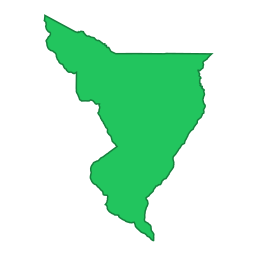 Turrialba, Cartago, Costa Rica
{"feature_id": "36466004B38119903555726", "entity_name": "Turrialba", "entity_type": "district", "adm_level": 2, "iso_a3": "CRI", "parent_name": "Costa Rica", "parent_adm1": "Cartago", "projection": "robinson", "projection_center": [-83.562, 9.784], "detail": "fine", "context": "isolated", "style": "filled", "palette": "green", "viewbox_px": 256, "rotation_deg": 0, "n_neighbors": 0, "source": "geoboundaries", "source_scale": "gbopen_adm2", "svg_char_len": 5726}
<svg xmlns="http://www.w3.org/2000/svg" viewBox="0 0 256 256"><path d="M153.2,240.6L153.6,240.5L153.7,237.5L153.6,236.5L153.8,234.4L153.7,233.9L153.3,233.4L152.8,232.4L152.1,231.6L151.2,230.2L151.1,228.6L151.0,228.0L151.0,226.9L150.8,226.1L150.1,225.0L148.9,224.2L148.3,223.4L144.9,221.5L144.5,220.4L144.4,219.3L144.8,217.6L144.7,214.4L144.9,213.9L145.2,211.0L145.9,209.2L146.3,207.4L147.2,206.0L148.0,203.6L147.5,200.8L147.2,200.2L146.6,199.9L146.4,199.7L146.1,198.7L146.0,197.9L146.4,197.4L147.0,197.1L147.6,196.5L148.3,196.2L148.9,195.8L149.7,194.5L152.6,191.8L153.2,191.1L153.5,189.9L153.7,189.4L155.2,187.5L155.5,187.1L155.8,186.2L157.3,185.9L158.2,185.2L158.3,184.9L158.5,184.7L160.0,184.7L160.4,184.5L160.9,184.0L161.1,183.3L161.6,182.7L161.8,181.3L162.0,181.1L162.8,180.5L163.4,179.6L164.5,178.9L165.9,178.6L166.4,178.0L166.6,177.2L167.0,177.0L167.4,176.6L168.0,175.4L169.0,174.2L169.2,173.3L169.6,172.7L170.0,172.0L170.4,171.5L172.3,168.9L173.4,167.1L173.5,166.5L173.5,165.6L173.8,164.5L173.7,163.2L173.8,162.4L173.0,159.3L173.0,158.5L173.1,157.2L173.2,156.9L174.6,155.2L175.3,154.6L178.0,150.6L178.9,149.0L180.2,147.6L181.0,146.1L181.9,144.8L182.2,144.5L184.4,143.4L184.6,142.9L184.7,141.8L185.1,140.9L185.2,140.4L186.0,139.3L186.8,137.6L187.1,137.0L187.5,136.4L188.2,134.5L188.7,133.6L190.7,130.9L191.7,130.2L192.3,129.6L192.9,129.4L193.3,128.9L193.6,127.8L194.1,127.0L194.6,126.2L195.2,125.5L195.6,124.8L196.8,123.5L197.2,122.8L197.3,120.9L197.8,120.1L198.0,119.7L199.0,119.0L199.8,118.3L200.9,117.5L201.7,115.9L201.9,115.6L202.5,113.7L203.7,113.2L203.8,112.8L203.9,111.2L203.6,110.4L203.5,109.9L205.0,107.0L205.1,106.7L205.1,105.7L205.1,105.3L204.7,104.6L204.0,103.9L203.9,103.4L203.5,102.7L203.3,101.5L202.9,100.0L202.9,99.1L203.3,98.1L203.5,96.8L204.2,95.3L204.4,94.6L204.4,93.9L204.2,93.4L203.6,90.6L203.7,90.3L204.2,90.1L204.1,89.8L203.7,89.4L202.5,88.7L202.0,88.2L201.9,87.9L202.3,87.1L202.2,86.4L201.7,86.2L201.5,86.5L201.3,86.5L200.8,86.1L200.1,85.4L200.2,85.0L200.8,84.7L200.9,84.0L200.5,83.7L199.9,83.5L199.7,83.2L199.6,82.8L199.9,82.2L199.7,81.5L199.6,80.8L199.9,80.1L199.9,78.9L200.2,78.6L200.8,78.3L200.8,77.8L200.6,77.2L199.2,76.0L199.3,75.0L199.6,74.3L199.6,73.8L199.1,73.0L198.3,71.1L198.1,70.7L198.1,70.2L198.3,70.2L199.7,70.7L200.0,70.3L200.6,70.0L201.4,69.1L202.8,68.1L203.0,67.7L203.1,66.6L203.1,65.7L203.5,64.9L203.4,64.1L202.9,62.9L202.9,62.5L203.0,62.2L204.0,61.0L205.4,60.2L206.4,59.4L207.1,59.0L207.3,58.7L207.9,57.5L208.5,57.2L209.0,56.4L211.7,53.9L166.2,53.5L164.4,53.8L135.4,53.6L115.7,53.7L110.9,51.4L108.7,47.5L108.0,47.4L107.9,47.6L107.1,47.5L106.9,47.4L106.6,46.7L106.4,45.9L106.4,45.4L105.8,45.4L105.4,45.6L105.1,45.4L104.9,45.0L104.8,43.8L103.1,43.9L101.8,42.6L100.5,41.8L99.5,40.8L98.5,40.4L98.2,40.4L98.0,40.6L97.4,40.5L96.1,39.9L95.7,39.6L94.3,37.9L92.8,37.4L92.1,37.4L90.5,37.0L90.2,36.7L88.8,36.0L88.3,36.2L87.6,36.2L86.8,35.9L85.6,35.0L85.2,34.4L84.2,33.3L84.1,33.0L83.5,32.5L83.4,31.7L81.7,31.4L80.9,31.3L79.5,32.0L79.1,32.3L78.6,32.3L78.3,32.1L78.2,31.9L77.8,32.3L77.7,32.5L75.3,31.8L44.9,15.4L44.9,17.2L44.7,17.8L44.6,19.5L44.3,20.6L45.1,21.3L46.1,22.5L46.0,23.6L46.2,24.3L46.2,25.1L45.7,26.2L46.4,29.0L47.5,30.6L48.5,31.8L50.1,32.4L50.3,32.7L50.4,33.1L50.4,34.5L50.0,35.3L49.5,36.2L48.6,36.7L47.9,37.9L47.7,38.5L46.2,40.5L46.2,41.2L46.8,42.8L47.1,45.5L47.7,47.2L48.2,48.2L48.7,49.0L49.4,49.3L50.4,50.3L51.2,50.6L52.5,50.8L54.3,52.3L55.1,52.8L55.8,53.7L56.3,54.8L56.4,56.7L57.0,58.1L57.3,59.2L58.5,60.6L59.2,62.3L59.7,62.9L60.9,63.8L62.6,64.3L63.4,65.7L63.9,67.1L64.3,67.8L65.2,68.8L66.2,69.2L66.4,69.6L66.5,70.2L68.1,71.8L68.9,72.2L70.8,72.1L71.4,72.2L72.2,72.6L72.7,73.1L73.7,73.5L74.4,73.5L76.5,72.3L76.3,88.5L76.4,89.0L76.4,91.8L77.0,93.2L77.7,94.3L77.9,94.9L78.3,95.6L78.4,96.2L78.8,96.9L79.4,98.6L79.4,98.9L79.8,99.7L80.2,100.0L81.0,100.3L81.4,100.9L82.8,100.9L86.1,100.8L86.7,100.9L88.6,100.9L89.4,100.8L90.5,100.0L90.8,99.9L92.9,100.7L94.0,101.8L95.4,103.7L96.4,104.1L96.7,104.1L97.1,103.8L99.5,104.0L99.4,104.4L99.1,105.0L99.1,105.5L99.7,106.9L99.7,108.0L99.1,109.8L99.0,111.6L98.6,112.2L98.2,112.5L98.0,112.9L98.2,113.6L100.0,116.2L100.3,116.8L100.9,118.7L101.6,119.4L101.9,120.4L103.0,121.6L103.5,122.7L103.5,123.1L104.2,124.0L106.0,127.6L107.0,128.3L107.2,128.6L107.6,129.8L107.4,131.1L107.4,131.8L107.5,132.4L107.8,132.9L108.4,133.5L108.9,134.4L109.9,135.1L110.2,135.6L110.4,135.6L111.1,136.6L112.3,141.3L112.5,141.4L113.6,142.7L115.0,143.8L115.4,144.3L115.9,145.2L117.1,146.5L108.8,152.6L108.4,153.2L107.8,153.4L106.6,154.2L103.2,156.8L100.8,158.0L98.8,160.2L98.1,160.8L96.5,161.2L95.5,161.8L94.2,162.3L93.7,162.7L93.3,163.1L92.9,164.0L92.0,165.1L91.2,166.6L90.9,167.7L90.7,168.6L90.8,170.5L90.9,171.2L91.2,171.9L91.2,172.8L90.5,176.0L90.4,176.8L90.4,178.1L91.7,181.1L92.7,182.6L93.5,183.5L94.8,184.3L96.0,184.7L96.3,184.9L97.6,186.7L99.4,188.1L100.7,189.8L102.5,191.3L102.9,192.2L103.2,194.2L103.4,194.7L104.6,195.1L106.6,195.2L107.2,195.3L107.3,195.4L107.8,196.5L107.5,198.4L107.6,199.8L107.5,200.0L107.2,200.5L107.2,201.0L106.8,202.6L105.4,204.5L106.0,204.6L106.3,205.3L106.9,205.9L107.2,206.7L107.3,207.3L107.3,208.6L107.7,209.5L109.2,211.5L110.5,212.5L111.3,212.9L112.2,213.6L113.8,214.1L114.2,214.6L114.5,214.8L115.1,215.0L116.9,215.0L118.7,215.3L118.8,216.6L119.5,217.4L122.5,219.4L123.5,219.9L125.0,220.5L125.4,221.0L126.2,221.5L128.1,222.1L129.1,222.2L129.3,222.5L132.0,222.8L132.7,222.4L134.2,222.3L135.2,224.8L135.3,225.8L135.6,226.6L136.3,227.4L136.9,228.0L137.2,228.5L137.9,229.0L139.0,230.0L139.4,230.5L140.4,231.3L141.2,232.1L142.3,232.6L143.1,233.0L143.9,233.2L144.9,233.6L145.9,234.4L145.9,234.5L146.5,235.0L147.2,236.1L147.7,236.4L149.2,237.0L150.6,238.4L151.2,239.4L153.2,240.6Z" fill="#22c55e" stroke="#15803d" stroke-width="1.5"/></svg>